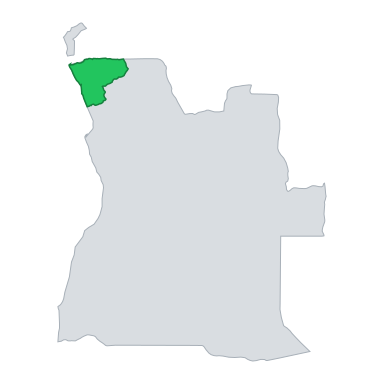 Zaire highlighted on a map of Angola
{"feature_id": "AGO-1882", "entity_name": "Zaire", "entity_type": "Province", "adm_level": 1, "iso_a3": "AGO", "parent_name": "Angola", "parent_adm1": "", "projection": "robinson", "projection_center": [13.603, -6.817], "detail": "fine", "context": "in_parent", "style": "filled", "palette": "green", "viewbox_px": 384, "rotation_deg": 0, "n_neighbors": 0, "source": "natural_earth", "source_scale": "10m", "svg_char_len": 5936}
<svg xmlns="http://www.w3.org/2000/svg" viewBox="0 0 384 384"><path d="M324.5,183.2L325.0,186.5L325.4,191.0L325.7,194.3L326.0,195.7L326.1,196.5L325.8,197.3L325.4,199.3L324.8,201.0L324.4,202.2L324.7,204.4L324.2,211.0L324.0,214.2L324.8,220.0L324.7,221.8L322.8,227.1L322.3,229.8L322.2,231.2L324.0,235.1L323.9,235.9L322.5,236.1L321.3,236.2L280.7,236.2L280.1,303.9L280.0,309.6L281.3,317.3L283.6,325.6L284.5,326.4L286.9,327.9L290.2,331.0L292.0,333.4L295.8,337.5L300.8,342.7L309.9,351.5L279.1,358.1L267.3,360.5L266.2,360.5L264.5,359.5L260.7,359.4L256.3,360.6L252.7,361.0L250.1,360.4L247.6,359.3L245.1,357.7L240.8,357.1L234.7,357.5L228.8,357.2L223.2,356.1L219.1,355.7L216.6,355.9L214.0,355.6L211.2,354.7L208.9,353.1L206.1,349.8L203.9,346.6L203.4,346.2L202.7,345.7L202.0,345.5L189.8,345.4L115.7,345.2L107.1,345.8L106.5,345.7L105.4,345.3L104.7,344.6L102.3,342.8L100.1,341.4L97.3,339.1L95.4,336.6L93.8,335.8L91.1,335.3L89.0,334.9L87.3,334.8L84.3,336.0L82.0,337.2L80.4,338.3L77.7,339.6L75.3,340.9L71.2,340.7L70.3,340.9L68.0,340.8L65.9,339.7L63.7,339.8L61.3,341.2L57.9,341.8L58.6,332.4L59.5,328.2L59.5,323.3L59.0,310.4L58.3,308.6L57.9,306.6L60.1,305.0L61.2,303.8L62.6,301.6L63.7,298.6L64.9,292.1L69.4,276.9L71.5,262.0L74.2,254.9L75.2,247.0L82.8,236.8L84.7,230.6L88.6,227.5L94.1,224.2L98.1,218.4L100.0,214.4L102.1,206.6L102.1,198.6L103.5,187.8L103.2,184.7L101.1,180.4L100.7,177.3L98.8,174.3L96.8,172.0L95.8,168.0L92.2,161.5L91.3,157.3L89.6,154.2L89.3,150.4L88.4,146.4L86.6,142.4L84.9,137.9L84.9,136.5L86.0,134.8L87.0,134.2L86.7,135.1L86.0,136.1L86.1,136.9L92.8,128.9L93.2,127.4L93.0,125.6L93.0,123.5L93.2,121.0L86.9,106.4L81.9,92.7L81.1,85.8L74.5,76.8L71.8,70.9L70.4,66.8L69.2,65.2L69.7,64.4L71.4,64.2L75.2,63.2L80.4,62.2L85.2,59.8L86.4,58.7L89.0,58.5L91.6,59.2L92.5,58.7L93.1,58.7L99.2,58.7L101.7,58.5L106.4,58.6L109.4,58.8L111.0,59.0L115.6,59.4L121.3,59.3L123.3,59.1L130.7,59.0L144.7,58.7L152.0,58.7L157.6,58.8L160.2,59.6L162.5,61.3L163.5,62.7L164.0,63.4L164.7,65.0L166.0,66.2L166.4,68.1L166.0,70.7L166.2,73.8L167.0,77.5L168.5,81.3L170.8,85.3L171.8,88.5L171.5,90.9L172.2,93.4L174.0,96.0L175.2,97.4L175.9,98.4L177.9,102.5L184.3,113.7L185.2,114.3L186.6,114.1L189.6,113.6L192.5,113.5L194.6,114.5L195.4,114.3L198.6,112.4L201.7,111.8L205.0,111.0L206.7,110.2L208.7,110.2L214.1,111.8L215.1,111.9L219.4,111.9L223.8,111.0L224.4,104.5L224.5,103.3L225.5,100.8L226.9,98.7L227.0,96.7L227.0,93.9L227.9,90.6L230.8,87.9L235.6,86.6L238.2,86.4L242.5,85.6L248.9,84.9L251.2,85.0L251.4,85.4L250.0,90.0L250.0,91.5L250.5,93.0L251.6,93.9L264.3,94.1L276.6,94.6L277.3,94.8L277.8,95.1L278.6,97.4L278.4,101.9L277.2,108.5L277.6,114.6L279.7,120.3L279.8,129.1L278.1,140.9L277.7,148.3L278.7,151.5L280.7,154.7L283.7,158.1L286.1,162.6L287.7,168.0L288.3,171.4L287.8,172.8L287.8,175.3L288.3,178.7L287.7,181.1L286.0,182.2L285.4,183.7L286.3,186.7L286.5,189.5L287.6,191.2L288.4,191.4L290.1,190.4L292.1,188.6L293.8,187.8L296.1,187.9L299.3,188.4L305.0,188.6L306.8,188.3L312.1,185.8L313.5,185.7L315.6,185.9L318.6,186.6L321.6,186.8L323.1,186.0L323.2,185.0L323.7,183.7L324.5,183.2ZM86.5,28.2L86.2,28.6L83.8,29.7L81.2,30.7L77.8,34.9L76.1,36.7L75.6,37.2L74.0,38.2L72.9,39.0L72.9,39.5L73.7,40.0L74.5,40.9L74.4,47.8L74.1,54.5L73.6,55.1L71.5,55.3L68.6,55.8L67.7,56.1L67.4,55.4L66.4,53.0L67.0,50.6L67.5,48.9L66.9,45.3L65.4,42.1L63.9,38.1L63.4,37.3L64.7,36.0L66.7,33.2L67.5,31.7L69.8,31.4L70.6,30.4L71.2,28.7L71.4,27.8L74.0,27.0L77.1,25.6L78.8,24.1L80.5,23.1L81.6,23.0L82.3,23.4L84.3,26.1L86.0,27.8L86.5,28.2Z" fill="#d9dde1" stroke="#a8b0b8" stroke-width="1"/><path d="M105.6,58.2L106.5,58.5L107.0,58.8L107.3,58.9L109.9,58.7L110.4,58.8L111.7,59.3L112.2,59.4L114.5,59.4L116.4,59.5L117.4,59.3L118.8,59.7L119.5,59.7L122.3,59.2L123.5,59.1L123.9,60.2L125.5,62.9L125.8,63.7L126.3,66.1L126.6,67.0L127.6,68.2L128.1,68.7L127.9,69.4L127.1,70.6L127.0,70.8L126.5,71.2L126.4,71.3L125.4,73.0L124.5,74.5L124.3,75.0L124.1,75.4L123.8,75.7L122.4,76.5L121.6,76.8L120.3,77.1L118.6,77.1L118.2,77.5L117.8,78.3L117.7,78.4L116.1,79.1L115.8,79.1L115.4,79.0L115.1,79.0L114.9,79.0L114.7,78.9L114.4,79.0L114.1,79.1L113.2,79.9L113.0,80.3L112.8,80.5L112.7,80.7L112.5,81.0L112.4,81.1L112.4,81.4L112.1,82.2L111.9,82.3L110.0,83.4L108.8,83.8L107.8,84.1L107.1,84.4L106.8,84.7L106.8,84.8L106.6,85.0L106.2,85.3L105.9,85.5L105.6,86.0L105.4,86.0L105.1,86.1L103.9,86.1L103.7,86.1L103.4,86.1L102.8,86.2L102.4,86.5L103.1,87.8L103.6,89.7L104.0,90.4L104.5,91.0L104.9,91.4L105.2,91.8L105.2,92.4L104.1,94.1L103.9,94.8L103.9,95.7L104.5,97.2L104.9,97.8L105.6,98.6L105.9,99.0L105.9,99.3L105.8,99.6L105.6,99.7L105.4,99.9L105.1,100.3L104.8,100.5L104.5,100.5L104.1,100.5L103.5,100.7L103.3,101.1L102.8,102.4L102.7,102.5L102.0,102.9L101.9,103.0L101.6,103.2L101.3,103.4L101.2,103.4L101.1,103.5L100.9,103.6L100.7,103.7L99.9,103.7L99.6,103.7L99.2,103.9L99.0,104.0L98.8,104.2L98.7,104.3L96.0,105.2L95.7,105.3L95.2,105.2L94.8,105.1L94.7,105.0L94.4,104.9L93.9,104.4L93.7,104.2L93.3,104.2L92.5,104.4L92.0,104.6L91.7,104.8L91.5,105.0L91.4,105.1L91.3,105.3L91.2,105.5L90.8,105.5L90.7,105.5L90.6,105.4L90.4,105.3L89.7,105.8L89.4,106.0L89.2,106.2L88.8,106.3L88.2,106.5L87.2,106.7L84.7,100.7L83.6,97.8L83.0,95.3L82.4,94.6L82.1,94.2L81.7,93.6L81.8,92.7L81.7,92.1L81.3,87.1L81.1,86.4L81.0,86.0L81.0,85.8L80.9,85.7L81.0,85.5L81.1,85.3L81.2,85.2L81.3,84.9L81.2,84.6L80.6,85.1L80.1,84.8L78.5,82.3L76.6,80.4L75.1,77.8L73.1,73.7L72.3,71.6L71.7,70.2L71.1,69.3L70.6,68.4L70.0,67.6L69.2,65.8L69.1,65.0L69.4,64.5L69.9,64.4L70.3,64.1L70.2,64.4L70.1,65.1L70.6,65.1L71.4,64.8L72.5,64.8L73.9,64.5L74.6,64.0L75.1,63.8L75.8,63.7L76.9,63.0L77.2,62.8L77.7,62.8L78.2,63.0L78.7,63.2L79.3,63.3L79.9,63.1L80.9,62.9L81.9,62.5L82.4,62.1L83.4,61.6L83.8,61.0L84.2,60.4L84.3,59.9L84.6,59.6L85.2,59.5L85.6,59.5L86.0,59.3L86.3,59.3L87.1,59.4L87.4,59.4L87.8,59.2L88.7,58.7L89.0,58.5L90.8,58.7L91.8,59.0L92.5,59.4L92.7,59.2L93.1,58.6L93.3,58.5L94.0,58.5L95.8,58.6L96.4,58.8L96.7,58.8L97.1,58.6L97.3,58.6L99.0,58.8L102.6,58.4L105.6,58.2Z" fill="#22c55e" stroke="#15803d" stroke-width="1.5"/></svg>